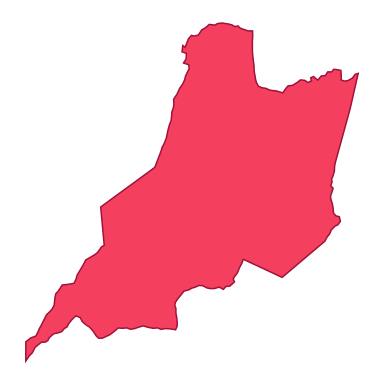 Orós, Ceará, Brazil
{"feature_id": "56859067B97337581228960", "entity_name": "Orós", "entity_type": "district", "adm_level": 2, "iso_a3": "BRA", "parent_name": "Brazil", "parent_adm1": "Ceará", "projection": "orthographic", "projection_center": [-38.964, -6.244], "detail": "fine", "context": "isolated", "style": "filled", "palette": "rose", "viewbox_px": 384, "rotation_deg": 0, "n_neighbors": 0, "source": "geoboundaries", "source_scale": "gbopen_adm2", "svg_char_len": 2634}
<svg xmlns="http://www.w3.org/2000/svg" viewBox="0 0 384 384"><path d="M358.2,73.4L355.2,74.3L352.3,78.2L347.9,80.6L344.3,81.1L341.2,80.0L341.2,75.3L340.9,70.4L336.9,69.6L333.7,69.3L331.7,71.9L327.7,71.9L325.4,75.6L321.4,75.9L317.7,80.1L313.6,76.6L310.7,77.7L311.4,80.9L307.7,82.5L305.0,80.4L300.5,79.9L297.1,82.5L292.6,85.3L288.0,85.9L285.5,88.9L282.8,92.9L276.8,91.0L270.0,90.2L265.8,88.3L262.1,87.8L258.5,86.3L256.4,82.4L255.6,79.4L254.2,71.2L254.0,65.4L253.2,59.8L252.6,53.8L252.4,50.3L252.4,44.7L252.4,40.9L252.7,36.6L252.6,30.9L248.1,30.9L244.6,29.7L240.3,28.2L237.9,25.9L234.6,26.6L232.0,24.9L228.5,24.0L222.1,23.0L217.6,23.5L214.9,25.1L209.3,24.4L205.3,27.9L201.8,29.8L198.4,34.9L194.6,36.1L191.4,35.4L188.4,38.9L185.1,47.3L182.8,45.5L182.0,51.8L186.4,53.4L186.1,58.9L183.5,63.0L188.8,64.8L189.1,68.7L187.4,72.2L185.5,76.1L184.7,79.6L182.8,83.8L179.7,88.3L176.9,94.3L173.6,99.2L173.9,104.2L173.2,108.5L171.9,111.7L171.5,117.0L171.1,120.6L169.5,124.6L168.1,129.6L166.3,138.1L164.0,143.9L162.2,147.1L161.1,150.9L159.6,154.9L154.8,167.3L152.2,169.3L138.7,179.2L114.8,196.6L100.7,207.0L104.2,245.3L101.3,247.1L98.9,250.7L97.0,253.0L94.4,254.9L85.7,260.0L83.5,264.4L79.9,270.5L77.2,274.9L76.0,279.3L74.0,283.3L68.3,284.3L62.2,285.0L58.5,290.8L55.9,293.6L55.1,296.8L54.1,305.4L52.2,308.9L50.1,311.3L46.5,314.8L44.1,319.5L41.5,324.8L39.2,328.9L37.8,332.3L35.9,336.0L30.6,338.0L25.8,341.9L25.8,350.6L25.8,361.0L29.3,355.8L32.2,353.0L35.1,347.4L38.3,344.7L41.3,342.3L45.3,342.1L47.9,340.5L49.2,337.8L51.7,335.5L53.9,333.7L57.7,333.0L61.6,331.7L64.3,328.6L67.2,326.8L68.6,323.8L71.7,319.9L75.7,315.9L80.1,317.5L82.3,321.6L85.4,324.4L89.5,327.1L93.2,331.2L96.3,336.0L98.6,338.2L102.3,338.2L106.0,336.5L110.1,334.6L115.4,330.5L118.1,328.0L122.3,328.3L126.9,327.9L130.5,329.3L134.7,328.6L138.2,327.3L143.2,325.9L148.0,327.3L153.1,328.3L157.6,327.9L161.1,329.4L165.1,328.6L170.7,328.9L175.6,329.8L177.2,326.0L177.2,322.3L176.7,317.4L175.9,313.0L175.9,308.4L174.8,305.3L175.4,302.3L177.7,298.9L180.7,295.3L184.0,291.1L188.9,289.8L192.0,288.1L195.4,287.1L198.8,285.5L202.7,285.7L206.9,287.9L210.1,288.6L214.2,288.6L219.3,287.1L223.3,289.4L226.1,286.4L229.6,286.2L231.9,284.3L234.5,281.9L233.2,279.0L234.9,276.1L237.2,273.3L239.6,267.5L241.9,263.2L243.3,259.3L282.1,277.4L319.3,245.9L324.9,241.2L326.8,237.5L329.7,233.8L331.2,230.1L334.8,226.3L338.0,224.7L340.4,221.3L339.3,216.7L336.0,215.9L333.5,213.1L333.2,208.5L332.4,204.0L331.0,199.6L330.5,196.1L332.1,191.6L333.1,188.2L330.7,185.7L332.1,182.1L331.6,179.2L333.1,175.7L334.4,171.2L334.6,166.3L335.4,162.3L350.1,108.9L358.2,73.4Z" fill="#f43f5e" stroke="#9f1239" stroke-width="1.5"/></svg>